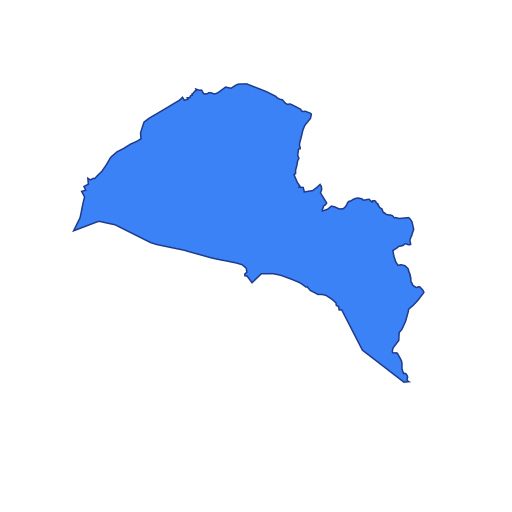 outline of Santa Ana Maya, Michoacán, Mexico, rotated 336°
{"feature_id": "50627088B22901000354815", "entity_name": "Santa Ana Maya", "entity_type": "district", "adm_level": 2, "iso_a3": "MEX", "parent_name": "Mexico", "parent_adm1": "Michoacán", "projection": "equal_earth", "projection_center": [-101.02, 20.023], "detail": "fine", "context": "isolated", "style": "filled", "palette": "blue", "viewbox_px": 512, "rotation_deg": 336, "n_neighbors": 0, "source": "geoboundaries", "source_scale": "gbopen_adm2", "svg_char_len": 5042}
<svg xmlns="http://www.w3.org/2000/svg" viewBox="0 0 512 512"><g transform="rotate(336 256 256)"><path d="M99.6,158.8L125.1,160.2L127.1,160.7L133.7,165.6L139.9,170.1L165.2,200.9L169.8,205.0L172.0,206.6L181.0,213.1L193.0,221.7L196.2,224.5L208.1,234.3L214.6,239.7L219.1,243.0L223.2,245.9L227.3,248.7L231.8,252.0L234.7,254.0L239.8,258.3L242.1,263.1L241.1,267.0L238.3,268.0L237.8,269.5L239.7,270.8L241.5,278.8L253.7,274.4L258.4,276.5L264.0,278.9L268.1,281.7L271.7,284.5L280.1,292.8L283.0,295.9L285.2,298.3L286.8,300.8L289.0,304.7L290.2,304.9L291.6,309.6L294.8,313.5L295.4,314.3L296.8,316.2L300.8,318.1L303.9,320.4L306.7,324.7L308.0,326.8L309.3,329.8L310.0,331.4L309.5,333.0L309.3,333.8L310.9,335.8L310.0,339.1L312.4,340.0L314.9,385.3L339.8,431.4L344.5,433.0L343.8,432.0L343.9,429.8L345.2,428.5L345.5,427.0L345.1,424.6L344.2,423.6L343.0,423.5L343.2,420.7L343.6,418.0L344.8,415.5L345.6,413.7L346.2,411.4L346.2,409.2L345.6,402.8L345.5,402.3L345.3,401.9L344.8,401.6L341.8,400.3L341.5,399.6L341.7,398.7L343.4,396.2L345.3,394.8L347.2,393.9L349.7,392.5L352.1,391.2L355.7,384.1L356.8,383.6L357.2,383.4L359.5,382.3L363.5,378.8L366.0,376.6L372.7,368.5L373.5,367.1L374.4,366.5L379.2,365.1L385.8,362.4L394.6,357.5L394.6,355.4L393.2,351.1L392.8,350.5L392.1,350.3L391.5,350.1L390.8,350.2L390.1,350.1L389.6,350.0L389.3,349.7L389.0,349.1L388.5,348.4L387.7,347.2L387.4,346.5L387.4,346.1L387.3,345.6L387.4,345.0L387.4,344.6L387.5,344.1L387.4,343.9L387.2,343.3L387.1,343.0L387.1,342.8L387.1,342.5L387.6,341.3L387.9,340.4L388.2,339.9L388.1,339.6L388.2,339.3L388.4,338.7L388.5,338.6L388.6,338.3L388.8,338.1L388.8,337.9L388.7,337.7L388.8,337.3L388.7,337.1L388.6,336.9L388.6,336.4L388.8,336.2L389.1,336.1L389.3,335.5L389.2,335.2L389.2,334.9L389.3,334.3L389.3,333.8L389.3,333.4L389.3,333.1L389.3,332.9L389.1,332.6L389.2,332.3L389.2,332.1L389.3,332.0L389.5,331.9L389.5,331.5L389.4,331.2L389.5,330.8L389.7,330.3L389.8,329.9L389.7,329.3L388.2,325.5L384.9,322.9L381.9,322.3L381.8,321.3L381.3,318.1L381.8,313.5L381.8,312.8L383.2,306.8L385.2,306.4L388.0,306.0L389.3,305.6L390.9,305.3L392.2,305.8L393.3,306.0L394.9,306.2L396.2,305.6L397.3,305.5L398.4,306.3L399.6,307.5L401.1,308.3L402.1,308.2L402.6,305.9L402.7,305.0L403.5,303.4L404.6,302.6L405.4,301.4L406.6,300.8L406.9,300.1L410.9,295.8L412.4,288.2L411.8,284.7L411.0,283.0L409.0,282.3L406.0,281.3L402.3,280.1L399.2,277.7L397.8,277.3L397.0,274.7L395.5,273.2L394.4,272.8L391.8,270.9L391.0,269.0L390.9,269.1L390.7,268.9L390.5,268.7L390.1,268.2L389.9,267.8L389.9,267.2L390.1,266.8L390.2,266.4L390.1,265.9L390.0,265.5L390.1,265.2L390.2,264.5L390.2,264.2L389.8,263.7L389.6,263.3L389.3,262.9L388.8,262.3L388.6,261.7L388.6,261.1L388.6,260.4L388.2,259.5L388.1,258.9L388.7,258.4L388.3,257.6L387.4,256.2L387.6,255.4L387.5,254.8L387.3,254.3L386.8,253.7L386.2,253.4L385.7,253.6L385.4,253.5L385.1,253.1L384.9,253.0L384.8,253.3L384.6,253.6L384.0,253.9L383.8,253.6L383.1,252.5L382.9,251.7L382.8,251.2L382.7,250.7L382.5,250.3L382.0,250.0L380.1,249.5L379.4,249.5L379.0,249.3L376.8,248.7L376.0,246.8L374.4,245.7L373.4,244.9L372.1,244.3L371.2,244.1L369.8,243.8L367.8,243.8L364.8,244.3L363.6,243.9L362.9,243.9L361.6,244.4L360.2,245.7L357.9,247.3L354.9,248.3L351.4,247.0L349.5,245.0L347.9,243.1L346.4,242.0L345.1,241.1L342.6,241.8L340.7,242.4L335.0,241.9L335.5,240.5L337.0,239.2L337.9,237.9L339.8,237.6L341.8,236.7L342.1,236.2L341.5,231.5L341.3,229.9L340.9,227.2L340.6,224.5L343.0,222.1L343.4,221.0L343.9,219.2L343.9,218.0L343.6,217.0L343.6,216.7L339.5,218.1L334.4,219.3L330.3,218.2L326.2,217.2L326.5,215.6L327.0,212.6L323.4,210.6L324.5,210.1L323.7,205.7L323.8,197.0L325.7,196.8L327.0,193.8L330.3,189.7L332.8,185.9L334.0,185.0L334.9,184.3L335.1,180.9L338.2,175.8L338.6,175.6L339.7,175.9L339.8,176.0L340.5,175.1L340.7,172.6L341.8,170.6L344.0,167.9L346.9,164.2L350.0,160.1L353.4,156.8L355.0,155.8L357.1,154.8L361.7,152.5L364.2,149.1L364.0,148.0L359.9,143.8L358.1,143.3L356.7,142.1L356.4,140.0L350.8,133.0L348.9,130.9L348.0,130.7L346.5,130.4L345.0,128.4L343.6,123.9L341.7,122.7L339.8,120.4L339.0,118.2L332.9,110.7L331.1,108.8L328.0,105.6L325.8,103.4L324.9,102.5L317.5,95.0L313.7,93.4L309.8,91.8L307.3,91.7L301.4,92.6L296.9,89.3L291.1,90.6L288.3,91.2L285.7,91.4L283.4,90.8L282.0,89.1L281.4,89.0L280.8,88.2L279.2,87.6L277.3,88.0L275.6,87.2L274.2,86.6L274.0,84.5L273.8,82.4L271.5,81.4L268.9,79.0L268.7,80.5L266.8,80.6L265.2,81.7L263.5,81.9L263.0,83.3L262.2,83.0L261.0,83.2L260.3,84.4L257.5,83.5L257.6,85.0L253.9,84.6L253.4,81.1L251.9,81.7L249.5,82.5L248.4,82.7L242.3,83.4L233.4,84.5L230.8,84.8L226.4,85.3L222.4,85.8L220.0,86.0L214.9,86.6L213.7,86.8L208.2,88.1L204.1,92.6L200.6,96.6L198.5,102.3L197.5,102.2L194.8,102.7L190.4,102.8L187.5,102.7L180.7,103.6L179.0,103.9L175.3,104.1L171.3,104.3L169.4,104.9L164.4,106.4L162.3,107.5L156.1,112.0L149.5,116.0L143.7,118.1L140.4,119.6L138.9,118.9L135.6,119.1L134.8,117.9L134.7,117.8L134.2,116.9L134.0,116.6L132.0,122.2L127.1,122.5L127.2,126.7L123.0,126.0L123.4,132.4L120.2,136.4L117.0,140.8L114.5,144.4L110.9,149.4L107.6,152.2L102.0,156.8L99.6,158.8Z" fill="#3b82f6" stroke="#1e3a8a" stroke-width="1.5"/></g></svg>